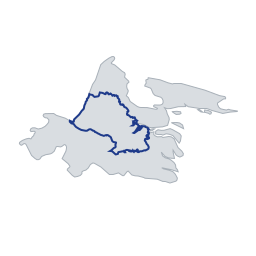 location of Dhaka within Bangladesh, rotated 292°
{"feature_id": "BGD-1806", "entity_name": "Dhaka", "entity_type": "Division", "adm_level": 1, "iso_a3": "BGD", "parent_name": "Bangladesh", "parent_adm1": "", "projection": "robinson", "projection_center": [90.348, 24.137], "detail": "fine", "context": "in_parent", "style": "outline", "palette": "blue", "viewbox_px": 256, "rotation_deg": 292, "n_neighbors": 0, "source": "natural_earth", "source_scale": "10m", "svg_char_len": 9048}
<svg xmlns="http://www.w3.org/2000/svg" viewBox="0 0 256 256"><g transform="rotate(292 128 128)"><path d="M91.5,180.2L91.5,174.3L87.8,162.5L88.0,161.2L87.3,155.5L86.3,152.4L85.9,149.1L88.1,144.3L87.2,143.5L82.3,142.0L81.8,140.8L82.8,136.0L79.3,131.6L77.9,128.2L81.7,117.4L82.7,109.9L82.4,108.5L80.1,106.8L76.0,106.1L73.2,104.7L71.5,102.6L70.1,101.7L68.3,102.4L66.1,101.5L64.2,99.4L62.6,96.9L63.2,94.1L66.2,87.4L67.3,87.2L69.9,88.5L70.8,88.5L72.5,85.9L74.9,78.4L83.2,79.1L85.1,78.8L87.2,78.2L88.3,77.3L88.9,76.1L88.7,75.1L86.2,73.6L85.2,72.6L84.5,69.6L83.8,68.5L78.8,68.3L76.3,67.0L74.9,65.7L72.4,61.7L69.3,58.6L66.3,57.9L65.2,57.0L64.5,55.4L64.9,53.2L66.4,48.9L74.6,39.6L74.9,38.5L74.6,37.4L72.2,35.9L72.0,35.1L72.7,33.2L74.1,32.9L76.9,34.7L79.7,37.6L81.4,40.1L81.5,42.1L83.7,42.5L85.6,43.4L87.5,43.2L88.7,43.7L89.6,43.5L89.9,42.3L88.3,39.4L89.1,38.2L90.9,38.2L92.3,39.3L93.3,41.6L93.4,45.1L95.6,48.2L98.5,50.5L100.8,51.5L103.5,52.3L105.9,51.6L107.0,49.3L106.5,47.4L106.9,45.6L107.8,44.6L109.3,44.7L110.4,46.1L113.6,53.7L112.9,57.0L113.6,66.2L112.8,72.3L113.3,74.6L113.8,75.0L118.7,76.1L125.6,78.5L131.0,79.4L155.1,78.8L160.4,79.9L176.5,79.0L180.8,81.0L185.6,84.1L188.3,86.5L188.8,87.8L188.5,88.9L187.6,89.6L186.0,89.6L182.2,88.1L181.5,88.5L181.5,92.1L178.4,101.3L178.0,104.1L176.9,105.2L173.8,105.8L171.7,111.1L170.8,111.7L168.7,110.6L167.4,110.8L165.8,111.3L164.1,112.5L163.0,114.0L161.7,114.5L157.2,114.4L156.4,116.9L153.4,120.1L151.4,128.7L151.5,131.3L154.1,138.1L155.8,147.0L156.5,147.9L157.3,147.9L157.4,143.9L158.2,143.4L159.2,143.8L161.4,149.3L162.6,150.7L164.5,151.1L166.6,150.2L168.2,148.6L168.8,146.9L168.3,140.9L169.3,138.5L172.9,134.9L173.4,133.8L173.2,127.8L174.6,127.6L176.4,128.1L178.8,126.7L179.5,126.7L180.5,128.2L182.2,127.9L184.7,139.7L184.9,148.1L185.5,152.7L186.4,153.8L189.2,160.7L191.9,185.2L192.3,200.8L193.4,206.1L192.5,207.3L191.6,207.5L190.7,205.7L184.8,201.7L183.4,202.1L181.3,204.4L180.5,206.5L180.9,209.5L181.5,212.5L183.0,214.2L183.1,216.0L184.7,223.0L184.2,223.1L181.0,216.7L177.0,210.4L175.7,199.2L175.6,193.7L172.9,187.1L170.3,175.8L171.4,171.8L169.5,173.5L166.6,166.7L161.9,160.0L160.6,157.1L160.5,154.2L158.5,157.1L155.8,159.1L153.0,162.2L151.2,163.1L145.3,163.7L142.0,159.6L137.1,149.6L136.5,147.3L137.1,141.4L136.0,135.8L135.6,130.9L134.8,131.4L134.4,132.7L134.6,134.8L134.3,136.5L126.1,135.4L129.6,138.3L133.3,139.0L135.3,141.6L135.4,146.0L131.7,148.6L132.1,150.8L134.2,153.5L131.6,154.3L130.9,156.0L130.8,158.6L132.6,162.4L132.3,163.9L135.4,169.0L136.0,171.4L135.2,174.8L128.6,181.7L126.7,186.6L125.0,188.9L123.0,189.3L120.5,187.0L120.5,184.6L121.0,182.7L124.4,178.1L122.6,178.8L117.2,182.5L116.2,179.5L115.5,176.6L115.5,173.1L118.1,167.9L115.1,170.5L114.3,173.8L114.7,177.6L114.3,180.3L113.1,183.8L111.6,185.9L109.0,187.3L107.9,189.4L106.2,190.9L105.6,183.8L103.8,174.2L103.4,176.3L104.3,182.2L104.3,186.1L102.9,189.2L100.1,192.5L98.0,192.9L96.7,192.4L92.7,187.5L92.4,182.8L91.5,180.2ZM140.6,180.3L135.6,181.5L133.1,181.1L137.8,172.5L137.7,168.7L136.9,165.5L134.5,163.0L134.4,161.2L133.3,158.7L132.8,155.8L135.4,154.9L137.6,156.5L138.3,159.8L139.4,162.3L143.2,167.3L143.1,170.4L142.1,178.0L140.6,180.3ZM151.2,177.5L148.2,179.8L149.2,166.2L151.4,171.3L152.0,174.0L151.2,177.5ZM162.7,170.7L161.4,171.7L160.2,170.8L158.6,167.6L159.4,163.6L159.8,163.0L161.8,167.1L162.7,170.7ZM173.9,199.5L172.2,199.6L171.4,198.6L171.8,197.3L171.3,192.9L173.5,192.4L174.3,196.1L173.9,199.5ZM172.0,187.1L170.7,191.5L170.2,189.5L171.1,185.7L172.0,187.1ZM136.7,151.6L137.2,153.0L134.5,151.2L133.7,149.9L135.0,149.2L136.7,151.6Z" fill="#d9dde1" stroke="#a8b0b8" stroke-width="1"/><path d="M112.9,71.4L112.8,72.3L112.9,73.4L113.1,74.6L113.4,75.2L113.9,75.3L114.9,74.9L116.0,74.9L122.2,77.7L126.7,78.7L128.8,79.7L129.8,79.7L132.7,79.1L135.0,79.3L136.2,79.0L136.6,79.0L136.9,79.1L137.5,79.4L138.5,79.6L138.8,79.6L139.2,79.1L139.4,79.0L139.8,79.1L140.2,79.3L140.6,79.6L141.0,79.8L141.8,79.9L145.0,79.5L144.9,80.9L145.3,82.3L145.3,82.8L145.2,83.1L144.9,83.6L144.6,84.1L144.3,85.3L146.2,88.5L147.0,88.9L150.4,88.6L150.7,90.0L150.9,90.7L151.0,92.2L150.8,93.9L151.0,94.5L151.3,94.6L151.5,94.5L152.5,94.5L152.8,94.7L153.0,94.9L153.1,95.3L153.1,95.6L153.0,95.8L152.9,95.9L152.8,96.1L152.8,96.4L152.8,96.6L152.8,96.8L152.7,96.9L152.5,97.1L152.2,97.2L152.0,97.3L152.0,97.5L152.4,98.0L152.5,98.4L152.7,98.6L152.9,98.7L153.4,99.0L153.0,100.1L152.7,100.7L152.4,101.1L152.2,101.3L152.1,101.5L152.4,101.9L152.6,102.0L152.9,102.0L153.2,102.2L153.3,102.8L153.4,103.0L153.3,103.4L152.9,103.7L153.5,104.3L153.7,104.5L153.8,104.8L153.9,105.0L153.7,105.3L153.2,105.8L153.6,106.4L153.0,106.9L152.0,107.3L151.6,108.5L151.4,108.7L151.2,109.1L150.8,109.4L150.3,109.5L149.8,109.6L149.5,109.7L149.5,110.1L149.6,110.4L149.5,110.7L149.3,110.7L149.1,110.7L148.7,110.3L147.8,111.7L147.5,111.8L147.1,111.9L147.0,112.1L147.1,112.7L147.0,112.9L147.5,113.6L147.3,114.1L147.9,114.4L147.7,115.1L147.1,115.8L146.7,116.1L146.3,116.4L146.1,117.2L146.2,117.8L146.1,118.7L145.5,120.0L144.4,121.6L144.0,122.0L143.8,122.1L143.6,122.1L143.4,122.0L143.2,121.9L142.6,121.4L142.4,121.6L142.2,121.7L141.8,121.8L141.0,121.7L140.8,121.7L140.6,121.8L140.4,122.0L140.2,122.1L140.0,122.3L139.9,122.6L139.9,122.8L140.1,123.5L140.1,123.8L140.0,124.0L139.5,125.6L139.0,126.4L139.0,126.7L139.1,126.9L139.5,127.2L139.6,127.3L139.8,127.5L139.8,127.8L139.8,128.0L139.6,128.4L139.3,128.7L140.1,129.5L140.3,129.9L140.3,130.1L139.8,130.1L139.5,130.3L139.4,130.6L139.6,131.0L139.3,131.3L138.7,131.7L138.4,132.1L138.2,132.1L137.7,132.1L137.7,132.3L137.9,132.6L138.4,133.0L138.2,133.7L137.7,133.4L137.4,133.4L136.9,133.7L136.1,134.0L135.7,134.2L135.2,132.8L135.3,131.9L135.8,131.1L136.5,130.8L136.3,130.5L136.2,130.7L136.1,130.8L135.9,130.5L135.4,130.5L134.4,131.0L134.5,131.4L134.4,131.7L134.0,131.9L133.6,131.9L133.1,131.9L132.7,131.7L132.0,131.2L132.2,131.7L132.6,132.1L133.1,132.3L133.6,132.3L134.6,132.4L134.9,132.7L134.9,135.6L134.8,136.0L134.6,136.2L134.4,136.6L134.2,137.2L134.2,137.7L133.2,137.3L127.7,136.1L126.6,135.7L125.6,135.0L125.6,135.4L125.8,135.8L129.5,138.1L130.0,138.5L130.2,139.0L130.4,139.4L130.7,139.7L131.6,139.9L132.3,140.3L132.8,140.5L134.6,140.7L134.9,140.9L135.7,142.3L135.8,142.8L135.9,144.0L135.8,143.8L135.6,143.5L135.3,143.2L135.5,143.8L135.6,145.7L135.5,146.5L134.7,147.7L134.5,147.9L134.2,147.8L134.1,147.5L134.3,147.2L134.5,147.0L134.5,146.8L134.4,146.8L134.0,147.2L133.7,147.5L133.3,147.8L132.8,147.9L131.7,147.9L131.4,148.0L131.2,148.6L131.3,148.8L131.2,148.8L131.1,149.1L131.0,149.3L130.5,149.6L129.7,149.2L129.4,148.8L128.7,148.3L128.1,148.1L127.8,148.0L127.7,148.1L127.4,148.2L127.1,148.5L126.8,149.0L127.1,149.0L127.5,149.0L127.8,149.7L127.7,149.7L127.7,149.9L127.6,150.0L127.3,150.5L127.0,151.0L126.7,151.2L126.3,151.3L126.0,151.1L125.6,150.8L125.0,150.1L124.8,149.6L124.8,148.7L124.7,148.5L124.5,148.2L124.3,148.1L124.0,148.0L122.6,148.3L122.3,148.8L122.1,149.4L121.6,149.8L121.1,150.3L120.9,150.7L120.3,151.2L120.1,151.4L119.8,152.4L119.0,153.4L118.4,154.1L118.0,154.4L117.5,154.5L116.5,154.7L115.3,154.0L115.1,153.8L114.5,153.1L114.3,153.0L113.9,152.8L113.8,152.6L113.6,152.4L113.5,151.8L113.4,151.5L113.0,151.0L112.1,150.1L111.6,149.5L110.9,147.9L110.6,147.5L110.4,147.3L109.9,147.2L109.7,147.0L109.6,146.8L109.5,146.5L109.4,146.2L109.5,145.9L110.0,146.4L110.3,146.5L110.5,146.0L111.0,145.3L111.1,145.2L111.5,145.1L111.6,144.8L111.4,144.5L111.0,144.3L110.7,144.4L110.5,144.6L110.2,144.8L109.9,144.8L109.4,144.2L109.5,143.5L109.5,142.9L108.0,142.5L108.2,142.0L108.8,141.4L109.1,140.9L108.2,140.9L107.5,140.0L107.1,138.8L107.1,137.7L107.3,137.7L107.4,137.9L107.6,138.0L107.9,138.2L107.4,135.5L107.1,134.8L106.6,134.3L105.7,133.8L104.9,133.7L104.4,134.4L104.3,134.2L104.2,134.0L104.2,133.7L104.3,133.5L104.4,133.4L104.8,133.0L105.1,132.7L104.9,132.6L104.6,132.4L104.5,132.1L104.3,131.6L104.2,131.3L103.8,130.9L102.1,128.2L101.8,128.1L101.5,128.1L101.0,128.2L100.2,128.3L99.0,126.7L98.9,126.4L100.4,122.3L100.4,121.7L100.4,121.4L100.0,120.1L100.9,120.8L103.4,122.0L104.1,122.3L105.2,123.4L105.9,123.6L106.4,123.4L107.3,122.8L107.7,122.6L109.3,122.5L110.0,122.3L110.0,121.9L109.7,120.4L109.6,119.9L109.7,119.2L110.1,118.2L112.5,116.0L112.9,115.7L113.1,115.2L113.3,114.8L113.4,113.6L113.7,113.0L113.7,112.5L113.8,112.0L113.7,111.8L113.7,111.7L113.7,111.4L113.6,111.1L113.1,110.9L113.1,110.2L112.7,109.7L111.9,108.8L111.8,108.7L111.7,108.6L111.6,108.2L111.6,106.9L111.4,105.6L111.4,105.3L111.7,102.9L111.7,101.7L112.0,100.7L112.0,100.0L112.0,99.4L111.9,99.0L112.0,98.7L112.4,98.3L112.6,97.4L112.6,97.0L112.4,96.4L112.5,96.0L112.8,94.5L112.8,93.8L112.6,93.2L112.4,92.9L112.2,92.6L111.7,92.1L110.9,91.6L110.4,91.3L110.1,90.9L109.7,90.1L109.5,89.5L108.8,85.9L108.7,85.6L108.9,82.9L109.2,81.1L109.5,79.4L110.2,78.0L110.4,77.5L110.8,77.1L111.2,76.5L111.4,75.6L111.1,73.8L111.8,72.2L112.0,71.7L112.4,71.5L112.9,71.4L112.9,71.4ZM133.4,139.8L132.9,140.1L132.3,139.9L131.8,139.5L130.9,138.5L130.6,138.0L130.7,137.7L131.4,137.7L132.5,138.1L133.8,138.9L134.9,139.8L135.1,140.5L134.1,139.7L133.5,139.4L133.4,139.8Z" fill="none" stroke="#1e3a8a" stroke-width="2"/></g></svg>